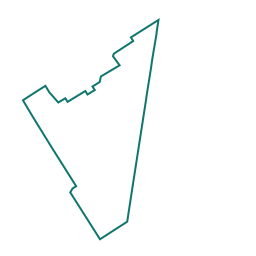 Douglas, Nevada, United States of America, rotated 238°
{"feature_id": "52423323B42659235998259", "entity_name": "Douglas", "entity_type": "district", "adm_level": 2, "iso_a3": "USA", "parent_name": "United States of America", "parent_adm1": "Nevada", "projection": "natural_earth1", "projection_center": [-119.503, 38.824], "detail": "fine", "context": "isolated", "style": "outline", "palette": "teal", "viewbox_px": 256, "rotation_deg": 238, "n_neighbors": 0, "source": "geoboundaries", "source_scale": "gbopen_adm2", "svg_char_len": 590}
<svg xmlns="http://www.w3.org/2000/svg" viewBox="0 0 256 256"><g transform="rotate(238 128 128)"><path d="M144.4,159.9L165.3,178.1L175.4,186.7L192.5,201.9L193.9,202.9L202.3,210.1L203.5,211.1L203.3,178.5L199.0,178.5L198.5,155.3L196.8,153.3L185.6,154.1L186.1,132.4L182.0,128.3L182.0,119.9L177.8,119.9L177.9,111.4L182.0,111.4L182.2,90.6L186.4,90.6L186.6,82.4L199.9,80.2L207.5,80.3L207.5,72.0L207.2,53.6L187.5,53.2L152.3,53.0L106.1,53.2L106.1,49.0L104.0,44.9L48.5,45.3L48.7,58.2L49.0,77.7L71.1,96.7L143.8,159.5L144.0,159.6L144.4,159.9Z" fill="none" stroke="#0f766e" stroke-width="2"/></g></svg>